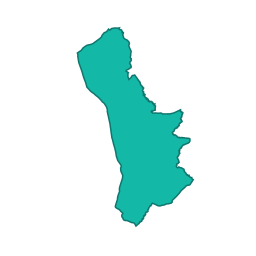 outline of Sangkhom, Nong Khai, Thailand, rotated 212°
{"feature_id": "78962969B79910801110812", "entity_name": "Sangkhom", "entity_type": "district", "adm_level": 2, "iso_a3": "THA", "parent_name": "Thailand", "parent_adm1": "Nong Khai", "projection": "robinson", "projection_center": [102.176, 18.069], "detail": "fine", "context": "isolated", "style": "filled", "palette": "teal", "viewbox_px": 256, "rotation_deg": 212, "n_neighbors": 0, "source": "geoboundaries", "source_scale": "gbopen_adm2", "svg_char_len": 5713}
<svg xmlns="http://www.w3.org/2000/svg" viewBox="0 0 256 256"><g transform="rotate(212 128 128)"><path d="M188.5,208.2L189.1,207.6L192.2,205.8L194.5,203.8L194.8,203.1L195.2,201.5L196.9,201.6L197.1,199.1L197.6,197.6L198.6,196.3L198.8,195.6L198.8,194.6L199.1,193.8L199.0,192.4L198.7,191.2L199.4,188.7L202.6,180.7L204.1,178.9L206.5,176.6L207.5,174.7L208.6,171.9L208.7,169.4L208.9,168.8L210.7,164.8L209.6,163.9L209.1,163.2L208.5,162.1L204.4,157.4L197.3,151.8L192.4,147.4L188.0,144.1L184.5,140.9L179.6,139.5L177.0,139.1L175.6,139.2L173.2,138.7L169.6,138.3L166.2,137.5L163.7,136.6L161.2,136.3L157.8,134.7L156.3,133.6L155.0,132.3L154.3,131.0L145.5,122.0L136.5,111.2L134.8,109.8L131.7,106.7L128.6,104.0L125.3,100.7L123.0,98.0L119.9,95.4L118.7,94.7L114.5,92.9L113.4,92.0L113.1,91.1L113.1,90.2L111.7,88.3L110.9,87.4L108.1,85.6L107.3,84.9L106.1,82.6L103.7,73.3L102.9,71.5L101.6,69.9L100.7,65.6L99.9,63.2L99.1,61.9L98.9,61.1L97.8,56.7L97.1,54.6L96.4,54.1L94.4,54.0L92.6,54.2L91.2,54.0L89.7,53.4L87.6,53.2L87.1,52.9L87.2,51.1L86.8,50.3L86.2,49.6L85.4,49.1L84.6,49.0L84.1,48.4L83.1,47.8L81.5,48.0L79.9,48.9L78.7,49.2L74.9,49.7L72.9,50.6L72.2,50.6L71.4,50.3L69.3,49.1L68.4,52.2L68.0,52.8L68.3,54.3L68.1,54.9L67.8,54.8L67.6,55.5L67.2,55.7L67.0,56.3L67.3,56.7L67.2,57.5L67.5,57.7L67.3,58.0L67.7,58.7L67.1,58.9L67.2,59.1L66.9,59.3L66.9,59.6L67.4,60.2L67.6,60.8L67.5,61.4L67.7,61.6L68.0,61.6L68.1,61.9L67.8,62.5L67.3,62.7L67.4,63.1L67.2,63.5L67.5,63.9L67.4,64.4L67.9,64.7L68.0,65.0L68.0,66.5L67.7,66.8L67.3,66.8L67.2,67.1L66.9,67.7L66.9,67.9L67.8,69.0L67.6,69.2L67.6,69.6L67.8,69.8L67.6,70.1L68.1,71.8L67.8,73.1L68.1,73.7L67.9,73.9L67.4,74.2L67.5,74.6L67.3,75.2L67.6,75.7L67.5,76.2L67.6,76.7L67.3,77.2L64.3,77.7L61.7,77.9L60.3,78.4L59.2,79.2L58.1,80.6L56.3,82.1L55.2,83.9L53.5,85.2L51.6,87.2L51.2,88.5L51.8,89.3L52.0,89.9L52.0,90.6L50.8,95.2L49.9,100.1L49.7,103.2L48.5,107.2L47.9,110.0L47.3,110.8L46.2,111.7L45.4,112.7L45.3,118.8L46.6,118.7L47.7,119.8L48.3,119.3L49.3,119.2L49.8,119.5L50.7,119.3L51.0,120.2L51.2,120.3L51.7,119.7L52.4,119.5L52.8,119.9L53.3,119.4L53.5,119.6L54.3,119.8L54.6,120.2L55.6,120.7L57.2,120.9L58.1,122.1L58.9,122.7L59.9,122.5L61.3,122.6L62.9,122.0L64.2,121.9L64.4,121.7L64.5,120.8L64.9,120.5L65.3,120.5L66.1,120.8L66.8,121.2L66.9,122.5L67.5,122.9L67.6,123.1L67.3,123.8L66.8,124.4L66.7,124.9L66.9,125.6L66.5,126.0L68.0,127.4L70.6,129.0L70.7,129.5L70.5,130.8L70.7,131.2L70.5,132.0L70.9,133.1L70.6,133.8L71.0,134.0L71.4,134.7L71.9,134.7L72.1,135.9L72.6,135.7L72.9,136.2L72.7,137.0L72.9,138.7L72.2,139.2L72.2,139.9L72.7,140.5L72.5,141.0L72.4,141.8L72.2,142.1L72.2,142.9L71.8,143.2L71.8,143.5L71.2,143.8L71.1,144.2L69.0,147.0L68.5,148.2L68.5,149.4L68.6,149.8L69.5,151.3L70.0,151.7L71.0,151.4L72.3,150.8L72.6,150.4L73.4,150.3L73.9,149.9L74.9,149.6L75.1,149.4L75.7,149.2L76.2,148.8L76.9,148.7L77.2,148.3L77.6,148.3L77.8,147.9L78.5,147.6L78.8,147.2L79.2,147.3L79.6,146.9L80.0,147.1L80.5,146.6L81.3,146.5L81.9,146.7L82.2,147.0L82.5,146.8L83.6,147.2L84.5,147.1L84.8,146.4L85.1,146.3L86.1,146.8L86.7,146.5L86.9,146.6L87.2,147.2L88.0,147.7L87.8,148.6L87.3,149.8L87.5,150.6L87.9,151.2L87.9,151.7L87.7,152.0L87.5,152.8L87.4,152.7L87.0,153.1L87.0,153.7L86.2,154.4L86.3,155.0L86.7,155.3L86.3,155.7L86.2,156.6L85.9,156.9L85.9,157.3L86.5,157.7L86.7,158.3L86.6,158.6L86.7,159.0L86.6,159.6L86.3,159.8L86.4,160.0L86.2,160.2L86.1,160.8L85.6,161.6L85.6,162.3L85.8,162.5L86.8,163.0L87.3,163.0L87.2,163.3L87.5,163.5L87.7,163.3L88.0,163.4L88.4,163.7L88.4,163.9L88.2,164.0L88.5,164.7L88.3,166.0L88.5,166.4L88.9,166.4L89.0,167.9L89.4,167.9L89.6,168.1L89.2,168.9L89.6,170.1L90.0,170.2L90.3,170.0L90.5,170.1L91.1,169.8L91.7,170.2L92.0,170.1L91.9,169.8L92.5,169.9L93.1,170.4L92.9,171.0L93.1,171.3L97.0,165.2L99.9,162.2L106.0,158.3L107.3,158.3L108.1,158.1L109.9,156.7L112.5,155.4L114.7,153.9L115.0,153.8L116.7,154.0L117.1,154.4L116.7,155.2L116.1,155.2L115.9,155.5L115.8,155.9L115.5,156.2L115.4,156.6L115.0,156.8L114.7,157.1L114.8,157.4L114.4,157.7L115.0,158.3L115.0,158.6L115.3,158.7L115.6,159.2L115.8,160.1L116.4,161.2L117.0,161.2L117.4,161.8L117.8,161.6L117.7,161.3L117.8,161.2L117.9,161.5L118.3,161.8L118.3,162.2L118.6,161.8L119.0,162.1L119.3,161.9L119.4,162.1L120.0,161.9L120.4,162.6L120.7,162.4L121.1,162.9L122.2,162.6L122.6,162.8L123.0,162.3L123.2,161.8L123.5,161.7L123.6,162.0L123.8,162.1L124.0,162.0L124.0,161.7L124.4,161.7L124.7,161.5L124.9,162.2L125.3,162.1L126.0,162.9L126.3,162.6L126.7,162.9L126.9,162.5L127.5,162.9L127.6,162.4L128.1,162.8L128.3,163.3L129.1,162.8L129.8,163.4L130.8,163.5L131.1,164.2L131.1,164.6L131.4,164.5L131.1,164.9L131.3,165.4L131.8,165.5L132.1,165.0L132.4,165.2L132.6,164.9L132.7,165.5L133.7,165.7L133.9,165.9L133.6,166.4L133.8,166.9L135.1,167.1L135.6,167.5L135.7,168.8L135.9,169.1L135.8,169.7L135.9,170.2L137.0,170.3L137.2,170.1L137.5,170.7L137.8,170.6L138.0,170.8L138.5,171.0L138.9,171.1L139.3,171.1L139.6,171.3L139.8,171.2L140.9,172.1L141.2,172.1L141.3,172.4L141.6,172.6L141.6,172.8L142.4,173.1L142.8,173.7L144.4,173.7L144.8,174.2L150.4,176.5L150.9,175.8L152.2,174.8L152.2,172.2L153.0,169.6L155.6,171.8L156.2,173.2L157.1,174.0L156.9,175.1L157.6,175.2L159.5,175.1L159.8,175.2L159.8,176.5L158.1,179.3L158.0,180.3L157.5,180.7L157.6,181.6L159.7,183.4L160.3,183.3L160.8,183.6L161.3,185.3L161.0,185.9L161.1,186.1L161.2,187.5L161.6,187.8L162.0,188.5L163.2,188.8L163.6,189.3L164.3,191.3L164.9,192.1L165.7,194.2L166.2,194.9L169.2,196.8L171.0,198.3L171.2,198.6L171.3,199.5L171.6,200.4L172.9,201.5L175.3,202.1L178.1,201.8L179.1,202.0L181.9,204.3L182.0,205.3L182.5,206.5L183.1,206.5L183.6,205.8L183.9,206.1L183.9,206.7L184.1,206.9L184.6,206.9L185.2,207.6L185.6,207.7L186.1,207.4L186.5,207.5L187.1,207.1L187.7,207.3L188.2,207.2L188.5,207.5L188.5,208.2Z" fill="#14b8a6" stroke="#0f766e" stroke-width="1.5"/></g></svg>